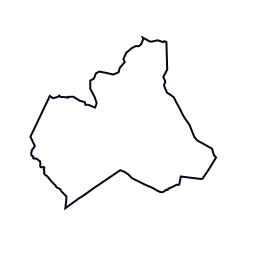 the district of M'bout, Gorgol, Mauritania, rotated 284°
{"feature_id": "47542326B11221851845412", "entity_name": "M'bout", "entity_type": "district", "adm_level": 2, "iso_a3": "MRT", "parent_name": "Mauritania", "parent_adm1": "Gorgol", "projection": "orthographic", "projection_center": [-12.565, 16.012], "detail": "fine", "context": "isolated", "style": "outline", "palette": "ink", "viewbox_px": 256, "rotation_deg": 284, "n_neighbors": 0, "source": "geoboundaries", "source_scale": "gbopen_adm2", "svg_char_len": 1699}
<svg xmlns="http://www.w3.org/2000/svg" viewBox="0 0 256 256"><g transform="rotate(284 128 128)"><path d="M78.0,41.0L77.4,43.0L75.8,43.3L75.5,44.2L76.1,45.9L75.9,47.3L75.2,48.6L74.5,50.5L72.7,51.5L72.1,51.6L70.9,51.7L70.6,51.9L69.2,52.3L68.9,52.8L68.9,53.6L69.8,55.7L69.3,56.4L66.9,56.4L66.6,56.7L65.1,57.5L64.2,57.4L63.3,57.9L62.4,59.0L61.6,61.3L60.4,63.0L58.7,65.3L58.1,65.9L57.5,67.0L56.6,68.4L55.8,69.7L54.8,71.5L53.5,72.6L53.0,73.6L52.8,74.7L52.5,76.0L52.2,77.2L50.8,78.1L46.7,84.8L43.0,85.6L40.4,85.9L35.0,86.6L48.1,97.6L50.6,100.2L62.0,109.9L85.2,130.7L84.6,135.2L83.1,139.4L80.3,144.0L77.1,158.4L76.2,164.1L75.6,167.2L75.0,169.2L74.6,170.3L73.8,174.0L73.7,175.0L74.0,176.9L75.8,179.0L77.3,179.9L77.4,181.1L78.3,181.9L79.0,181.9L81.2,184.9L84.1,188.3L84.8,189.0L84.9,190.5L85.5,191.4L85.8,191.4L93.7,191.0L96.2,211.3L96.9,212.6L107.6,216.5L120.7,220.6L122.4,218.0L128.3,214.5L132.7,198.1L135.4,194.5L145.9,186.9L151.1,180.9L153.9,178.1L160.5,172.5L164.6,168.6L168.8,165.1L170.4,161.3L171.7,157.4L175.4,154.4L178.1,152.6L180.1,152.8L182.0,153.0L184.4,151.2L186.0,149.9L194.2,151.9L220.6,144.5L221.0,142.4L220.8,142.4L219.8,141.2L220.3,135.7L217.5,130.0L217.2,128.2L219.3,120.4L218.0,121.3L212.7,120.6L209.9,118.6L209.4,115.8L206.5,112.4L200.6,108.1L193.8,106.9L191.2,108.9L184.4,105.5L179.8,105.4L176.3,100.8L176.2,94.3L175.8,86.5L173.3,83.7L167.7,82.9L164.8,79.9L156.9,81.9L149.9,88.2L144.7,91.5L142.3,91.5L139.8,90.9L140.4,87.2L140.9,84.0L140.2,81.0L142.7,79.8L142.7,74.8L145.1,67.4L143.6,62.0L142.8,62.1L142.7,59.3L141.8,54.8L142.8,53.6L141.0,52.1L138.8,48.0L140.2,44.4L102.6,36.8L96.0,35.4L87.9,42.0L83.1,40.1L79.8,40.2L78.0,41.0Z" fill="none" stroke="#020617" stroke-width="2"/></g></svg>